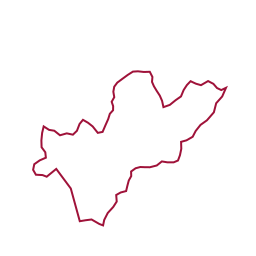 the district of Bom Jesus, Santa Catarina, Brazil, rotated 48°
{"feature_id": "56859067B25903908372019", "entity_name": "Bom Jesus", "entity_type": "district", "adm_level": 2, "iso_a3": "BRA", "parent_name": "Brazil", "parent_adm1": "Santa Catarina", "projection": "robinson", "projection_center": [-52.392, -26.732], "detail": "fine", "context": "isolated", "style": "outline", "palette": "rose", "viewbox_px": 256, "rotation_deg": 48, "n_neighbors": 0, "source": "geoboundaries", "source_scale": "gbopen_adm2", "svg_char_len": 1289}
<svg xmlns="http://www.w3.org/2000/svg" viewBox="0 0 256 256"><g transform="rotate(48 128 128)"><path d="M135.1,50.2L135.5,55.5L137.0,61.2L140.0,67.5L139.2,73.9L138.8,81.5L136.2,87.7L130.6,84.5L125.2,82.7L119.5,81.8L114.3,80.8L109.8,79.3L106.4,75.7L100.8,74.2L97.0,78.7L92.5,82.7L89.4,86.6L88.4,92.5L87.7,99.3L87.1,105.6L88.1,110.6L91.2,114.6L95.9,117.6L97.6,122.6L101.8,124.4L104.8,127.2L105.3,132.0L108.1,136.7L110.9,143.0L113.9,149.5L111.4,153.7L103.2,153.2L97.4,154.2L91.8,156.0L92.6,161.3L95.9,167.8L96.1,173.4L91.0,177.1L87.9,183.4L80.7,184.6L76.6,187.9L70.4,189.6L74.2,195.1L79.3,200.7L84.5,205.1L90.7,205.7L95.1,208.9L93.0,215.2L92.2,221.9L95.6,226.5L101.1,227.7L105.8,223.0L109.8,221.0L110.4,208.7L134.7,211.0L165.0,226.2L168.2,221.2L171.6,216.3L180.2,213.5L183.7,211.7L180.4,207.2L177.6,199.9L176.8,191.8L175.1,185.6L169.9,181.6L171.0,176.6L173.6,171.6L170.3,166.8L167.5,162.5L165.9,157.8L162.4,154.8L163.0,149.3L165.2,145.0L168.6,141.5L171.8,138.0L175.1,131.7L175.5,125.2L180.0,121.6L184.1,117.0L185.6,112.6L183.0,107.6L179.1,102.3L173.8,97.8L176.3,92.8L177.8,85.8L175.5,79.7L174.2,72.0L175.1,64.2L173.8,53.7L168.6,45.9L167.6,36.9L163.7,28.3L162.2,33.3L157.9,35.1L152.3,35.0L146.7,37.1L145.0,45.1L140.5,47.9L135.1,50.2Z" fill="none" stroke="#9f1239" stroke-width="2"/></g></svg>